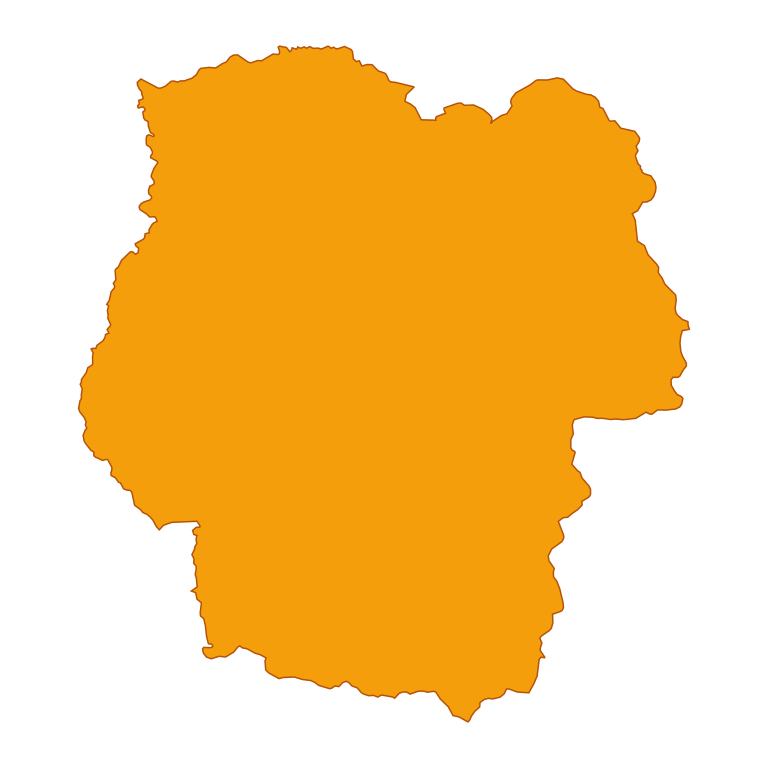 outline of Phuoc Son, Quàng Nam, Vietnam
{"feature_id": "81297802B80912783182295", "entity_name": "Phuoc Son", "entity_type": "district", "adm_level": 2, "iso_a3": "VNM", "parent_name": "Vietnam", "parent_adm1": "Quàng Nam", "projection": "mercator", "projection_center": [107.809, 15.387], "detail": "fine", "context": "isolated", "style": "filled", "palette": "amber", "viewbox_px": 768, "rotation_deg": 0, "n_neighbors": 0, "source": "geoboundaries", "source_scale": "gbopen_adm2", "svg_char_len": 6013}
<svg xmlns="http://www.w3.org/2000/svg" viewBox="0 0 768 768"><path d="M689.4,329.3L688.1,325.1L687.9,321.6L682.4,319.5L677.7,315.4L676.1,313.0L675.1,308.6L676.2,299.6L675.6,295.0L664.8,284.1L662.2,278.2L658.3,272.7L658.6,267.2L656.3,263.8L648.1,254.9L644.4,245.6L637.5,241.2L635.2,220.0L632.3,213.7L637.6,210.8L642.7,202.1L646.8,202.0L650.9,200.0L653.4,196.9L655.5,191.4L656.0,187.2L655.0,182.0L650.9,175.9L644.5,173.8L642.0,172.1L642.0,170.5L640.4,168.5L640.5,166.1L638.1,163.9L635.5,156.5L635.5,155.1L638.0,150.7L636.1,146.6L639.3,141.1L639.6,138.0L634.8,131.4L620.8,128.2L614.8,120.8L610.2,121.2L609.2,120.6L603.0,108.5L599.8,107.2L598.6,101.3L595.3,97.3L590.7,94.8L586.3,94.3L576.3,90.9L572.7,88.7L563.4,79.2L557.1,77.9L547.3,80.0L537.8,79.9L535.9,80.5L529.8,85.1L515.8,92.9L511.3,98.9L510.7,102.2L512.0,106.0L506.9,113.8L501.2,115.6L493.0,121.1L490.5,123.7L491.9,119.5L491.6,117.4L489.2,114.5L483.2,109.4L473.7,105.0L464.5,105.3L460.9,103.0L457.6,103.3L444.3,107.9L443.9,109.3L445.6,113.2L436.5,116.6L435.7,118.0L435.9,120.2L421.3,119.8L415.1,107.7L410.6,104.1L404.9,101.3L406.4,94.5L414.0,87.1L413.7,86.8L395.6,82.4L390.4,81.8L388.9,80.4L386.0,74.2L384.6,73.1L378.2,70.9L372.1,64.7L367.3,64.5L361.9,66.0L359.3,60.8L356.3,61.5L353.4,59.0L352.4,51.3L351.0,49.5L344.5,46.5L337.9,48.7L335.6,48.6L333.6,47.2L331.0,48.3L328.8,46.4L327.6,46.3L321.3,49.1L318.2,48.1L312.9,48.3L310.0,46.6L306.3,48.2L304.1,46.8L300.9,48.3L297.7,46.9L297.0,48.9L296.2,49.1L292.1,47.8L291.6,49.9L289.8,51.7L286.5,47.5L279.5,46.1L278.2,47.1L279.6,51.5L279.3,53.9L277.5,54.5L273.1,54.0L261.6,60.8L257.7,60.5L250.9,62.9L248.1,62.1L237.7,54.9L233.4,55.1L230.0,57.2L226.3,62.0L222.0,63.8L215.7,68.0L209.3,67.4L200.7,68.4L199.1,69.8L196.5,74.5L192.0,78.2L184.2,80.9L180.6,80.9L177.5,82.1L173.8,81.0L171.1,81.3L165.5,86.1L161.1,88.0L158.3,88.2L140.9,79.0L137.3,82.3L137.5,85.1L139.3,89.0L141.7,91.7L141.8,94.4L143.1,97.3L142.8,98.9L138.7,100.4L139.3,104.0L137.8,105.6L137.7,107.1L138.6,108.0L143.0,106.9L144.8,108.6L145.1,110.1L142.8,112.0L143.7,117.8L144.9,119.9L148.1,121.6L148.4,126.1L150.1,131.7L150.7,132.7L153.5,134.3L154.1,135.5L153.4,136.7L149.7,135.0L148.3,134.9L146.7,136.0L146.2,138.7L146.3,144.0L146.8,145.1L150.2,147.3L152.3,151.5L152.4,153.6L150.7,155.8L150.6,157.7L156.9,161.1L157.8,162.6L153.7,168.8L151.3,175.2L151.2,176.8L154.0,181.0L154.2,183.4L153.3,184.6L149.7,186.3L148.5,190.4L148.7,193.7L151.3,196.2L151.7,197.8L150.1,199.9L143.8,202.0L141.0,203.8L139.3,206.2L139.2,207.8L140.1,209.7L146.7,214.0L149.6,217.0L154.8,216.7L156.3,218.9L157.0,221.5L153.8,222.8L152.2,224.4L148.9,229.9L149.3,232.7L145.1,233.8L144.6,237.7L143.2,239.3L135.2,243.7L135.7,245.7L138.6,248.2L138.2,252.5L135.6,254.3L132.6,251.8L130.3,251.8L121.5,260.3L118.4,266.9L115.5,269.3L115.1,271.1L115.9,279.8L113.3,283.3L114.6,285.9L114.5,287.7L111.1,291.9L109.3,300.3L106.7,304.4L108.6,306.1L107.4,310.5L108.2,315.4L107.8,318.3L110.7,324.6L110.3,325.8L107.1,329.5L108.9,333.2L105.6,334.4L105.0,337.3L103.2,340.6L97.0,345.3L95.8,348.5L92.7,348.3L91.1,349.0L93.2,352.8L92.5,357.1L92.7,363.9L91.6,365.4L87.8,367.7L86.2,372.7L81.5,379.4L81.3,382.4L80.2,384.2L82.2,388.8L81.3,394.8L81.4,398.4L79.9,401.1L78.6,408.5L79.8,411.9L84.4,417.8L86.2,422.2L85.3,424.7L86.8,428.4L85.2,430.0L83.1,435.4L84.2,441.1L85.4,443.2L90.8,450.2L93.9,452.0L93.8,455.4L94.5,456.6L102.5,460.4L106.4,459.4L107.9,459.9L111.8,467.3L111.8,470.3L110.9,472.7L111.1,475.5L115.4,477.8L118.4,482.1L120.5,483.0L123.6,488.8L126.8,490.1L130.0,490.3L131.8,492.1L134.6,505.2L140.6,509.7L142.8,512.5L146.9,514.3L150.0,516.9L152.9,520.1L156.4,526.6L159.3,529.8L163.4,525.3L172.0,522.3L197.0,521.3L199.6,525.3L200.1,526.6L199.6,527.1L196.1,527.4L192.6,530.5L193.8,534.5L196.9,535.5L196.1,538.8L196.7,543.7L194.8,546.9L194.5,549.3L191.9,554.7L194.0,558.8L193.7,563.4L196.1,566.1L196.2,569.6L195.2,574.3L196.3,577.9L197.2,586.9L191.3,591.0L195.7,592.7L197.0,599.2L201.4,602.8L200.2,612.8L200.5,615.9L203.8,618.8L205.4,625.7L206.5,635.9L208.1,642.8L208.8,643.9L211.5,644.1L212.6,645.3L212.6,646.7L210.5,647.7L203.7,647.4L202.6,648.8L203.3,652.9L206.4,657.0L211.2,658.8L219.1,656.3L225.6,657.0L233.7,652.1L237.6,647.3L239.7,645.9L242.5,647.9L246.9,648.7L254.6,653.0L260.4,654.8L266.1,657.9L265.0,661.0L265.7,669.9L268.8,673.0L279.0,678.6L283.2,677.5L294.3,677.0L302.4,679.5L310.6,680.5L314.6,682.3L318.7,685.4L329.7,688.7L331.7,688.2L334.8,686.0L338.9,686.6L342.6,682.7L346.1,681.3L349.0,682.7L352.0,686.0L357.1,687.8L361.3,692.6L363.5,694.0L368.7,695.7L373.7,695.4L377.8,697.1L381.4,695.0L392.7,697.0L394.7,698.2L399.1,693.4L402.7,692.0L406.7,692.1L410.1,694.1L418.3,691.2L423.2,691.1L427.5,692.2L433.7,691.3L435.9,692.1L440.3,699.0L448.3,706.8L453.0,715.6L458.7,716.8L467.9,721.9L469.4,720.6L471.5,716.0L474.9,711.2L479.7,707.0L480.0,702.6L484.1,699.5L488.3,698.4L493.0,698.9L500.2,697.1L504.2,693.8L506.5,688.9L509.0,689.0L517.2,692.0L528.9,692.8L534.0,683.4L537.1,676.1L539.2,659.2L541.1,657.1L544.4,657.8L544.8,657.3L540.5,650.9L540.2,648.4L541.9,643.1L540.0,638.8L540.1,637.6L541.7,635.8L549.3,630.6L551.4,628.2L552.9,622.7L552.5,614.2L560.5,611.5L562.3,610.2L563.5,607.7L563.0,602.5L559.7,588.6L556.8,581.3L553.5,576.7L553.4,571.5L554.3,568.5L549.0,560.9L548.2,555.9L551.7,549.0L561.9,541.6L563.5,538.7L563.8,536.3L563.3,534.4L558.3,521.4L563.2,517.7L567.7,517.3L571.5,513.9L577.7,509.7L582.1,505.1L581.9,501.3L588.4,497.4L590.0,495.7L590.6,493.6L590.5,489.1L589.1,486.2L582.1,478.1L580.0,472.4L577.4,470.6L571.8,464.2L575.1,452.6L574.7,451.4L571.9,449.9L570.8,447.6L570.8,439.6L573.3,434.0L572.3,425.1L573.7,420.4L574.6,419.5L584.0,416.9L593.0,417.2L596.9,418.4L602.6,418.3L610.9,419.5L615.3,419.0L623.3,419.7L635.7,418.4L646.0,412.2L649.9,414.1L652.1,414.1L657.6,409.9L666.2,410.1L676.0,408.9L679.8,406.9L681.6,404.3L682.9,398.5L681.3,396.5L677.2,394.5L674.3,390.7L671.3,385.3L671.0,379.9L673.0,377.3L678.1,377.3L679.9,376.0L683.3,369.9L686.3,366.1L686.4,363.3L682.3,355.7L680.8,351.4L680.0,343.2L680.6,336.9L682.3,330.7L689.4,329.3Z" fill="#f59e0b" stroke="#b45309" stroke-width="1.5"/></svg>